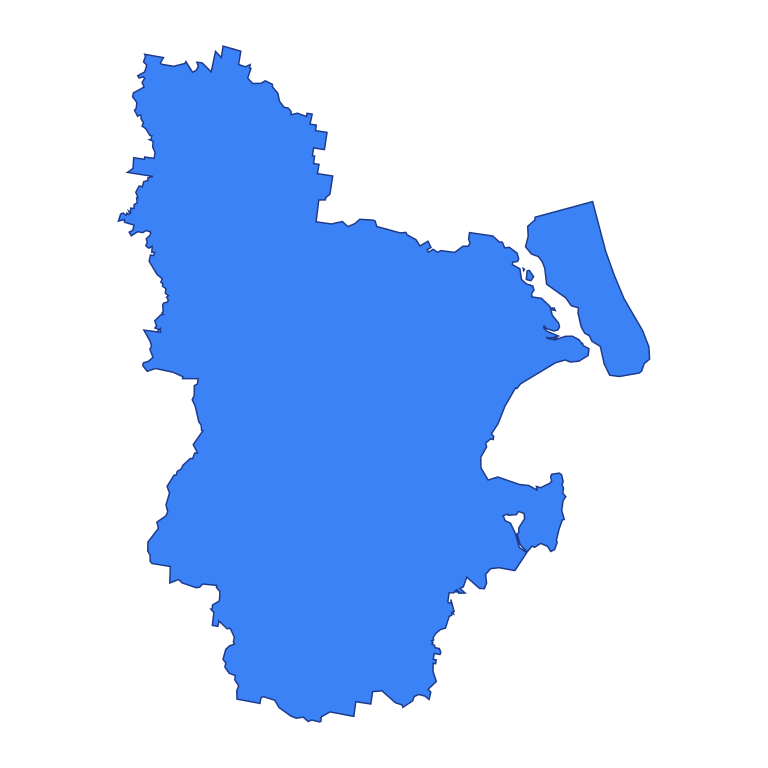 Moreton Bay, Queensland, Australia
{"feature_id": "25037944B19400187923346", "entity_name": "Moreton Bay", "entity_type": "district", "adm_level": 2, "iso_a3": "AUS", "parent_name": "Australia", "parent_adm1": "Queensland", "projection": "orthographic", "projection_center": [152.949, -27.107], "detail": "fine", "context": "isolated", "style": "filled", "palette": "blue", "viewbox_px": 768, "rotation_deg": 0, "n_neighbors": 0, "source": "geoboundaries", "source_scale": "gbopen_adm2", "svg_char_len": 6096}
<svg xmlns="http://www.w3.org/2000/svg" viewBox="0 0 768 768"><path d="M514.9,570.6L526.7,552.6L519.3,547.4L515.4,533.6L510.5,523.2L505.1,520.6L503.2,515.7L507.6,514.1L508.2,515.3L516.4,514.6L518.5,511.5L524.0,513.4L524.6,518.8L518.9,527.7L518.7,532.9L517.0,533.9L520.1,544.5L525.7,550.6L527.6,551.4L532.1,546.1L534.7,547.3L540.6,543.4L547.6,546.4L550.7,551.5L554.6,549.6L557.2,542.4L556.4,540.3L559.0,529.3L562.3,520.0L564.3,519.4L561.7,510.5L563.1,500.5L565.8,496.7L562.8,493.3L563.5,488.0L562.0,484.7L563.2,481.6L561.5,474.6L559.1,473.1L551.6,474.3L550.6,476.9L551.7,480.8L550.3,483.0L540.7,487.7L536.4,486.4L537.0,490.0L528.7,485.5L519.5,484.5L497.7,477.0L488.1,480.0L480.9,467.8L480.8,457.2L486.6,446.9L485.6,443.2L490.4,439.0L493.2,439.5L493.7,436.4L491.4,433.8L498.0,423.9L504.9,406.3L515.5,387.9L516.9,388.5L520.7,383.7L555.6,362.7L565.3,360.0L570.2,362.0L578.8,361.2L588.1,355.5L589.0,348.7L583.8,346.0L582.2,343.8L583.1,343.0L581.8,343.6L579.1,339.8L572.3,336.2L565.5,336.3L554.6,339.9L548.3,338.7L546.3,337.4L551.3,338.2L558.3,336.0L546.7,331.2L543.6,327.6L544.2,326.0L546.3,328.6L554.1,331.0L558.0,329.8L559.5,326.9L558.6,323.1L552.3,315.3L549.9,306.4L541.4,298.3L531.8,296.9L531.8,292.8L534.0,290.2L532.7,285.9L526.3,283.9L521.5,279.5L519.9,268.8L512.3,264.6L512.7,262.2L517.5,261.5L518.7,259.0L517.1,253.1L509.3,247.3L504.7,247.9L502.3,242.1L499.3,242.0L492.8,236.0L469.5,232.6L468.6,239.2L470.1,243.3L468.0,246.3L463.0,246.2L454.7,252.4L440.8,250.6L437.7,252.3L433.1,249.3L428.5,252.3L427.1,249.8L431.0,247.5L428.0,241.2L420.0,246.0L416.0,239.7L407.1,234.8L405.9,232.4L400.1,232.9L376.8,226.5L375.1,221.0L372.8,220.1L359.8,219.3L354.7,223.7L347.8,226.6L342.4,221.5L331.4,224.0L316.1,221.8L318.8,200.0L325.4,199.9L325.9,197.5L329.9,194.2L332.7,176.0L317.4,173.6L319.0,164.4L313.5,163.5L314.6,156.0L312.4,155.7L313.6,147.9L324.4,149.6L327.0,132.4L315.5,130.6L316.3,125.1L310.0,124.1L312.2,114.1L307.0,113.3L306.5,116.6L297.4,113.2L291.2,114.7L291.0,111.4L288.3,108.1L283.9,107.2L279.5,101.2L277.8,93.2L272.6,87.1L272.4,84.3L265.2,80.8L261.0,83.3L252.7,83.5L247.7,78.1L250.9,68.4L249.5,68.2L250.2,64.6L245.4,66.8L238.6,64.5L240.8,51.2L223.1,46.1L221.3,57.5L215.5,51.4L211.2,71.9L202.2,62.9L196.9,62.2L198.3,66.4L196.2,70.4L192.5,72.2L185.9,61.6L184.8,63.5L173.7,66.3L161.3,64.2L160.4,62.9L163.5,57.6L144.7,54.3L145.5,56.2L143.5,61.9L146.8,65.1L144.6,72.0L137.7,75.7L139.0,78.0L143.4,76.9L144.7,78.2L142.1,82.4L144.1,87.0L133.4,92.9L132.6,96.8L136.9,102.6L136.1,108.6L134.5,110.1L137.6,116.3L140.1,114.9L141.1,115.9L141.1,119.2L143.4,122.5L142.1,126.1L145.9,128.8L149.9,135.5L151.8,135.7L151.1,139.3L149.5,139.7L153.1,141.3L152.7,147.1L155.1,152.5L154.0,158.4L144.7,157.0L144.4,159.3L133.7,157.7L133.0,168.5L127.4,172.4L152.9,176.4L147.8,178.0L148.0,180.4L143.7,181.7L142.4,186.7L139.1,186.0L135.8,192.3L137.9,197.4L136.6,197.9L137.2,202.7L134.0,204.8L134.0,208.5L130.7,208.1L130.6,212.5L128.8,211.1L129.7,213.3L128.5,214.6L126.9,213.1L125.9,215.3L123.0,213.0L120.6,214.1L118.4,221.1L124.4,219.6L124.5,222.2L134.1,225.1L132.8,230.1L129.2,232.2L131.3,235.8L137.7,231.7L142.8,232.6L146.1,230.5L150.8,232.2L150.1,235.2L146.2,238.9L147.3,242.1L145.8,245.8L148.9,248.2L152.1,246.2L151.8,252.4L154.8,252.4L153.6,255.6L150.5,255.0L149.1,261.2L157.0,274.4L162.2,278.8L160.8,282.3L162.8,283.5L162.5,286.2L165.9,288.6L165.3,293.3L168.5,295.6L166.6,297.3L168.2,299.8L167.5,302.1L163.7,303.0L162.7,304.9L163.2,311.4L162.0,312.9L163.4,314.4L161.2,314.5L154.8,320.8L156.5,325.9L154.9,328.0L158.0,329.1L158.3,330.8L160.3,328.6L160.6,332.3L143.9,330.1L150.1,341.2L151.5,346.2L149.9,349.1L152.9,357.4L148.3,361.4L143.4,362.8L142.8,365.6L147.2,371.3L155.5,368.5L172.9,372.2L182.8,376.6L182.5,378.6L198.2,378.7L197.3,384.2L194.3,385.6L194.2,395.6L192.2,399.7L195.1,405.7L198.9,422.1L201.1,425.0L201.6,430.4L202.9,430.8L193.2,444.6L197.5,452.9L194.6,453.1L192.6,458.7L190.4,458.4L183.2,465.0L181.0,469.2L177.2,471.4L176.2,475.1L174.0,475.2L167.1,486.4L169.5,493.0L166.0,504.8L167.7,511.8L165.8,516.0L156.9,522.1L158.4,528.4L148.0,541.9L147.7,550.9L150.1,555.1L150.1,561.2L152.0,563.5L170.3,566.5L169.8,583.0L178.6,579.5L182.1,582.9L196.2,587.7L199.7,587.2L202.7,584.0L216.8,585.4L216.4,587.5L219.9,591.4L219.6,598.4L219.1,601.2L212.6,604.9L212.1,608.9L210.8,609.1L213.9,612.6L212.3,625.4L217.9,626.3L218.9,621.0L227.2,628.8L230.1,628.2L234.3,637.0L233.4,642.1L234.4,644.1L229.4,645.9L225.8,649.3L223.0,659.3L225.8,663.0L224.9,667.1L229.2,673.3L235.3,675.5L234.8,679.8L238.7,685.9L236.8,690.5L237.0,699.1L259.9,703.4L260.9,698.0L263.2,696.6L274.7,700.2L279.1,707.6L290.9,716.1L296.2,718.2L303.2,717.2L308.2,721.5L311.7,720.0L319.4,721.9L320.8,721.5L321.3,716.9L329.9,711.9L353.8,716.4L355.8,701.7L370.8,704.0L372.6,691.6L382.0,690.9L395.4,702.7L402.0,704.9L402.9,707.3L412.7,700.8L414.2,696.5L418.8,694.5L425.0,696.1L429.1,699.5L430.8,692.1L428.1,689.3L436.3,681.5L433.0,671.3L433.2,663.3L435.6,663.7L436.2,659.8L433.3,659.4L434.2,653.5L440.0,654.5L440.8,652.4L439.4,648.6L434.9,647.6L434.7,645.5L431.8,643.9L433.0,642.7L431.6,640.8L433.7,640.0L433.1,637.8L435.6,633.6L440.5,629.5L445.5,628.1L449.2,616.3L451.7,615.3L451.8,613.2L453.4,613.8L452.4,612.1L454.1,611.6L450.9,599.5L451.2,603.8L447.8,602.0L449.1,592.8L453.8,592.8L456.4,589.8L457.6,590.4L456.3,591.9L458.8,592.0L458.7,593.2L465.1,593.0L459.9,588.4L463.3,586.9L466.8,577.2L479.5,588.4L484.3,588.7L486.6,583.1L485.6,574.4L490.6,568.7L499.0,567.7L514.9,570.6ZM592.6,201.6L535.1,217.2L534.8,220.2L527.7,226.3L528.2,236.3L525.5,246.7L531.4,254.0L538.5,256.6L542.4,262.1L544.8,268.4L546.6,284.2L565.8,297.9L571.3,305.8L578.5,307.8L578.0,312.9L581.2,326.9L584.8,333.3L589.3,335.7L592.0,341.3L600.3,346.4L604.2,363.9L609.7,375.2L619.3,376.5L639.3,373.0L641.7,370.9L644.2,363.6L649.6,359.1L648.9,346.9L642.6,330.6L624.0,298.6L614.4,275.6L605.7,251.3L592.6,201.6ZM533.6,276.7L529.3,270.4L527.1,270.9L526.3,279.5L530.9,280.7L533.6,276.7ZM551.9,308.0L552.5,309.9L555.3,310.5L554.1,308.0L551.9,308.0ZM553.2,337.8L555.0,339.0L556.4,338.0L553.2,337.8ZM523.2,268.4L523.6,270.6L524.5,269.3L523.2,268.4Z" fill="#3b82f6" stroke="#1e3a8a" stroke-width="1.5"/></svg>